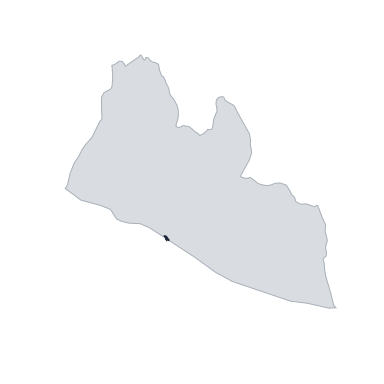 Commonwealth 2, Grand Bassa, Liberia (highlighted), rotated 347°
{"feature_id": "62588387B22492671376188", "entity_name": "Commonwealth 2", "entity_type": "district", "adm_level": 2, "iso_a3": "LBR", "parent_name": "Liberia", "parent_adm1": "Grand Bassa", "projection": "natural_earth1", "projection_center": [-10.038, 5.878], "detail": "fine", "context": "in_parent", "style": "filled", "palette": "slate", "viewbox_px": 384, "rotation_deg": 347, "n_neighbors": 0, "source": "geoboundaries", "source_scale": "gbopen_adm2", "svg_char_len": 2732}
<svg xmlns="http://www.w3.org/2000/svg" viewBox="0 0 384 384"><g transform="rotate(347 192 192)"><path d="M69.2,160.0L72.4,156.9L77.1,147.0L83.6,137.4L89.7,131.7L94.5,125.9L99.6,121.4L106.9,116.2L118.0,102.5L120.6,100.9L122.4,91.4L125.2,79.3L128.5,75.5L136.0,73.3L137.8,71.2L140.5,62.7L142.2,52.7L142.4,50.6L145.4,50.3L150.5,48.2L153.5,49.1L154.8,52.0L155.5,54.4L171.0,48.2L172.3,46.9L173.1,47.2L175.1,52.7L176.2,52.4L177.1,50.8L178.2,50.6L179.4,51.4L180.6,54.0L182.6,56.3L185.9,58.0L188.1,60.2L187.8,66.2L188.6,72.0L190.1,73.3L190.9,76.8L191.3,80.6L192.1,82.6L192.6,86.4L192.4,90.6L193.0,93.5L195.4,98.4L197.0,104.7L197.0,109.2L196.1,113.9L194.4,118.2L191.6,122.9L191.3,124.7L193.0,125.9L195.6,126.2L197.8,125.2L203.3,127.3L206.2,130.4L208.7,134.2L211.0,136.2L212.0,138.6L215.9,137.9L220.4,135.6L221.4,134.5L222.7,135.1L225.6,135.3L227.7,131.2L229.3,126.4L232.8,121.2L234.5,119.2L235.0,115.9L235.2,111.6L236.4,107.9L239.3,105.8L242.5,105.8L244.2,106.6L245.0,110.2L247.5,112.9L249.7,114.8L250.8,115.6L252.6,117.7L254.3,125.0L261.1,148.4L260.7,154.8L259.4,159.1L259.4,163.2L258.9,167.3L254.8,174.0L242.7,187.6L243.7,188.8L246.6,190.4L249.5,191.2L251.9,190.8L255.0,194.2L258.2,198.5L261.7,200.7L266.6,202.7L271.0,202.9L274.7,202.2L279.9,203.0L285.5,206.6L287.5,212.4L288.8,217.5L290.7,220.1L291.0,224.6L295.0,228.4L300.6,229.2L307.9,233.8L309.8,233.5L310.6,233.0L311.5,233.8L313.3,247.0L314.8,254.0L314.0,256.8L313.0,259.0L313.0,269.6L309.7,275.7L309.2,282.4L308.2,284.6L304.7,286.5L304.7,291.7L303.7,297.9L303.4,304.5L304.4,321.8L304.6,334.6L306.2,337.1L299.3,336.0L279.0,326.2L263.4,320.5L211.2,288.3L196.7,275.4L180.0,256.2L142.8,217.5L134.3,211.2L123.6,208.2L117.0,204.9L112.4,201.3L108.6,190.6L99.3,184.2L82.1,175.1L69.2,160.0Z" fill="#d9dde1" stroke="#a8b0b8" stroke-width="1"/><path d="M156.5,232.8L156.6,232.7L156.7,232.8L156.8,232.7L156.8,232.8L156.9,232.7L157.0,232.6L157.2,232.8L157.2,233.0L157.3,233.0L157.6,233.2L157.8,233.3L157.9,233.6L158.0,233.7L158.2,233.8L158.3,233.9L158.5,233.8L158.5,233.7L158.4,233.6L158.5,233.4L158.6,233.2L158.5,232.9L158.4,232.9L158.3,232.6L158.2,232.4L157.9,232.2L157.7,232.0L157.6,231.9L157.7,231.6L157.6,231.4L157.6,231.1L157.5,230.9L157.5,230.7L157.4,230.5L157.3,230.3L157.3,230.2L157.2,230.1L157.1,229.9L157.0,229.7L156.8,229.6L156.7,229.5L156.6,229.4L156.5,229.2L156.4,229.0L156.3,228.9L156.1,228.9L155.9,228.8L155.5,228.8L155.5,228.7L155.4,228.6L155.2,228.6L155.2,228.8L155.4,228.9L155.4,229.0L155.4,229.3L155.4,229.5L155.5,229.6L155.8,229.9L155.8,230.0L155.9,230.3L156.0,230.4L156.1,230.5L156.1,230.8L156.1,231.0L156.1,231.4L156.1,231.6L156.0,231.8L155.8,231.9L155.8,232.0L156.0,232.3L156.3,232.6L156.5,232.7L156.5,232.8Z" fill="#64748b" stroke="#1e293b" stroke-width="1.5"/></g></svg>